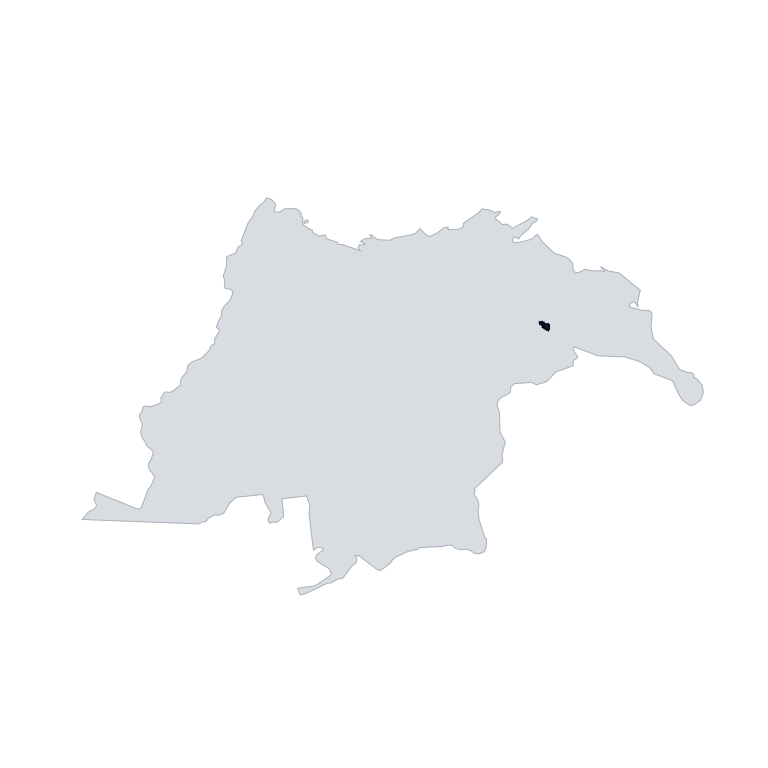 Norosi, Bolívar, Colombia (highlighted), rotated 83°
{"feature_id": "7082276B10852217630154", "entity_name": "Norosi", "entity_type": "district", "adm_level": 2, "iso_a3": "COL", "parent_name": "Colombia", "parent_adm1": "Bolívar", "projection": "natural_earth1", "projection_center": [-74.124, 8.493], "detail": "fine", "context": "in_parent", "style": "filled", "palette": "ink", "viewbox_px": 768, "rotation_deg": 83, "n_neighbors": 0, "source": "geoboundaries", "source_scale": "gbopen_adm2", "svg_char_len": 6049}
<svg xmlns="http://www.w3.org/2000/svg" viewBox="0 0 768 768"><g transform="rotate(83 384 384)"><path d="M436.8,89.6L429.8,93.0L416.1,97.1L406.6,114.9L400.2,118.0L392.3,128.6L386.5,141.7L382.0,168.3L370.3,190.9L371.3,191.9L375.9,190.9L380.3,188.4L381.9,189.2L383.5,193.1L388.9,194.1L393.2,212.4L401.3,221.7L402.2,225.3L403.3,232.9L400.4,237.5L399.5,254.2L402.1,258.4L408.2,260.1L412.2,270.4L414.8,272.9L418.5,274.5L427.4,272.9L443.5,274.6L447.2,274.3L456.3,270.7L467.7,275.2L476.1,275.9L499.2,307.3L501.5,306.4L504.4,308.3L510.2,305.1L515.2,304.5L521.8,306.1L530.4,306.1L547.8,302.9L550.4,301.1L560.0,302.9L562.8,305.2L564.2,311.1L563.1,314.7L559.8,318.4L557.9,323.1L557.6,328.8L555.9,333.0L552.8,335.7L551.7,339.7L552.4,344.9L550.7,368.7L552.1,370.6L553.1,380.4L557.1,393.0L559.1,396.6L562.5,399.6L568.6,410.0L567.3,413.5L551.5,429.8L550.7,433.6L553.8,432.1L558.6,433.6L560.3,437.5L572.0,448.9L571.8,453.2L575.2,461.8L574.6,463.7L582.7,488.0L583.0,493.1L576.2,494.5L576.0,478.2L575.0,474.9L567.4,460.4L565.8,459.3L560.7,460.9L552.2,471.6L548.3,473.2L545.1,471.7L541.9,465.4L539.8,464.2L537.8,469.5L540.4,474.3L502.9,474.2L495.6,472.3L485.6,474.7L485.5,499.3L503.2,499.7L508.1,506.7L507.6,512.5L508.4,514.5L504.2,515.7L498.0,511.8L487.0,516.5L478.9,517.5L478.4,544.7L483.2,551.5L492.7,558.8L494.0,563.7L493.4,568.4L495.6,574.2L498.7,577.3L498.7,580.8L500.3,584.8L481.7,700.0L475.1,693.0L472.7,686.6L469.5,684.0L463.2,686.0L456.5,682.8L478.2,643.7L477.5,640.2L459.4,630.7L457.5,628.2L448.9,623.1L444.2,624.6L441.5,627.1L434.9,627.9L429.6,623.8L423.2,621.1L415.6,627.6L413.4,627.6L408.0,630.5L402.2,631.5L394.6,628.6L388.6,630.6L384.3,630.2L382.7,628.1L377.3,625.8L376.7,623.2L378.2,618.3L375.9,608.8L375.0,607.2L370.9,607.1L366.1,603.6L365.2,601.6L366.2,597.7L365.3,594.4L360.6,586.8L354.1,584.8L347.8,578.5L341.6,576.3L338.7,571.7L335.9,561.5L329.4,553.5L324.9,550.8L323.4,547.1L318.7,546.6L312.3,541.4L309.5,541.1L307.5,543.5L301.7,540.9L296.6,537.1L291.4,536.1L288.0,533.8L281.9,526.4L275.2,522.8L271.4,524.1L270.1,529.6L267.9,530.6L260.2,529.2L258.9,530.3L256.9,530.1L247.6,526.0L238.4,524.5L236.0,515.4L230.1,512.0L228.3,507.7L224.2,508.2L208.4,499.8L201.8,494.0L196.3,490.8L190.4,484.3L189.5,481.7L185.0,477.9L187.2,473.1L192.6,469.4L199.7,472.2L200.6,466.6L198.0,461.5L199.2,450.2L201.1,447.6L205.0,445.3L207.4,446.2L208.9,444.3L214.7,445.2L216.4,444.4L220.8,439.8L222.7,436.2L224.7,436.5L229.4,430.4L228.7,424.3L233.1,422.9L237.7,412.8L239.7,412.6L240.8,407.8L248.9,391.2L245.9,393.1L242.8,391.9L243.3,386.3L242.3,385.7L239.7,390.0L237.4,385.6L238.0,378.5L234.4,379.8L234.5,378.2L239.9,372.8L242.1,360.5L240.3,356.1L239.2,337.7L238.3,334.2L234.0,329.6L240.9,324.3L243.3,320.4L240.2,312.2L236.2,305.3L236.0,301.2L238.5,301.6L239.5,290.2L237.2,285.9L234.3,285.8L225.3,268.9L222.1,265.4L224.5,257.3L227.3,253.8L226.7,247.6L228.5,247.9L232.4,253.5L234.0,252.6L240.1,247.4L240.3,242.4L245.2,237.2L238.3,220.0L236.0,217.3L238.8,211.7L240.4,212.0L243.1,217.5L247.4,221.0L253.7,230.6L256.5,232.8L254.5,234.9L254.1,237.2L255.0,238.5L258.6,238.8L260.0,236.1L259.1,224.4L257.6,218.6L254.3,214.4L255.3,212.7L261.8,209.8L275.3,198.7L279.9,188.2L283.5,184.4L287.5,181.9L292.3,182.5L296.1,181.2L297.3,177.8L294.8,170.6L297.7,160.6L297.6,155.5L299.4,152.5L298.8,151.3L293.9,154.9L299.0,147.9L302.5,137.1L322.1,118.2L334.8,122.8L338.8,122.5L333.6,124.8L332.8,127.6L334.6,130.4L336.5,131.3L338.2,129.4L342.5,118.4L343.1,112.3L344.9,110.2L347.7,109.4L360.1,112.1L372.0,111.1L391.2,95.3L405.7,88.6L409.3,82.1L410.3,77.2L412.9,75.3L415.6,75.3L417.3,72.7L423.9,68.4L431.1,68.0L438.7,71.7L442.2,78.2L442.8,82.6L436.8,89.6ZM214.9,443.1L214.0,444.0L212.3,442.5L211.7,440.6L212.8,439.2L214.1,439.6L214.9,443.1Z" fill="#d9dde1" stroke="#a8b0b8" stroke-width="1"/><path d="M341.2,221.7L341.2,221.8L341.2,222.0L341.3,222.1L341.5,222.2L341.8,222.3L341.9,222.2L342.0,222.1L342.3,222.1L342.5,222.0L342.6,221.9L342.8,221.8L343.0,221.8L343.2,222.0L343.3,222.0L343.5,222.1L343.6,221.9L343.4,221.7L343.5,221.7L343.7,221.4L343.8,221.3L344.0,221.2L344.4,220.9L344.5,220.8L344.6,220.6L344.8,220.3L344.8,220.1L345.1,219.9L345.4,219.7L345.5,219.6L345.8,219.5L346.0,219.4L346.1,219.2L346.0,219.3L346.0,219.2L346.0,218.9L345.9,218.9L346.0,218.7L346.1,218.8L346.3,218.9L346.4,219.0L346.5,219.1L346.6,218.8L346.8,218.8L346.8,218.7L346.7,218.6L346.8,218.5L347.0,218.7L347.0,218.8L347.3,218.9L347.3,219.0L347.3,219.3L347.2,219.4L347.3,219.4L347.2,219.7L346.9,219.8L347.0,219.9L347.3,219.6L347.4,219.4L347.6,219.2L347.8,218.8L347.8,218.7L347.8,218.4L348.0,218.3L348.2,218.2L348.3,218.0L348.5,218.0L348.4,217.8L348.5,217.8L348.6,217.7L348.8,217.5L348.9,217.3L349.0,217.2L349.3,217.0L349.3,216.9L349.4,216.7L349.5,216.6L349.6,216.4L349.8,216.3L349.9,216.2L350.1,216.1L350.3,216.0L350.3,215.9L350.4,215.7L350.3,215.4L350.3,215.5L350.3,215.4L350.2,215.5L350.2,215.4L350.2,215.2L350.1,215.3L350.1,215.2L349.9,215.1L350.0,215.0L350.1,214.9L350.2,215.0L350.3,214.9L350.5,214.9L350.7,214.7L350.4,214.7L350.2,214.5L350.0,214.4L349.9,214.2L349.7,214.0L349.7,213.6L349.8,213.4L349.7,213.4L349.5,213.5L349.3,213.5L349.2,213.4L349.1,213.5L349.0,213.4L348.9,213.4L348.8,213.2L348.7,213.2L346.9,213.0L346.7,213.2L346.4,213.0L346.2,212.9L345.9,212.7L345.5,212.7L345.3,212.8L345.2,213.0L344.8,213.2L344.6,213.3L344.6,213.5L344.5,213.8L344.5,214.0L344.4,214.3L344.2,214.3L344.2,214.5L344.3,214.7L344.4,214.8L344.4,215.0L344.2,215.3L344.3,215.4L344.4,215.5L344.3,215.8L344.4,215.7L344.4,215.8L344.5,216.0L344.5,216.3L344.4,216.5L344.2,216.6L343.9,216.7L343.8,216.8L343.7,216.9L343.5,217.1L343.3,217.3L343.2,217.4L343.1,217.5L342.9,217.6L343.0,217.6L342.9,217.7L342.9,217.8L342.9,218.0L342.7,218.1L342.6,218.3L342.4,218.4L342.4,218.5L342.3,218.4L342.3,218.5L342.2,218.5L342.0,218.8L341.9,218.9L341.8,219.0L341.7,219.0L341.4,219.2L341.4,219.3L341.2,219.4L341.2,219.5L341.3,219.7L341.5,219.8L341.8,219.8L342.0,219.9L342.0,220.0L341.9,220.2L341.8,220.4L341.8,220.5L341.8,220.9L341.8,221.0L341.7,221.1L341.6,221.3L341.5,221.6L341.3,221.6L341.2,221.7Z" fill="#0f172a" stroke="#020617" stroke-width="1.5"/></g></svg>